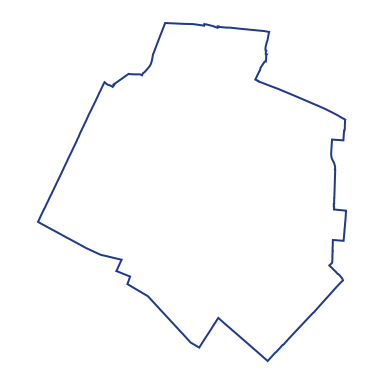 Veenendaal, Utrecht, Netherlands (Albers equal-area conic projection)
{"feature_id": "6326949B99010432218754", "entity_name": "Veenendaal", "entity_type": "district", "adm_level": 2, "iso_a3": "NLD", "parent_name": "Netherlands", "parent_adm1": "Utrecht", "projection": "albers", "projection_center": [5.554, 52.023], "detail": "fine", "context": "isolated", "style": "outline", "palette": "blue", "viewbox_px": 384, "rotation_deg": 0, "n_neighbors": 0, "source": "geoboundaries", "source_scale": "gbopen_adm2", "svg_char_len": 5583}
<svg xmlns="http://www.w3.org/2000/svg" viewBox="0 0 384 384"><path d="M217.7,26.3L217.7,26.5L217.7,27.7L217.6,27.8L214.3,26.7L214.0,26.3L213.3,26.2L209.5,25.2L206.3,24.4L206.2,24.5L204.3,24.1L204.1,25.7L203.1,25.5L200.3,25.1L197.5,24.7L194.7,24.3L193.1,24.1L188.6,24.0L185.2,23.9L182.1,23.8L174.2,23.4L169.6,23.2L168.8,23.2L167.4,23.1L165.1,23.0L164.7,24.3L162.8,29.1L159.9,36.5L154.6,50.4L153.5,53.3L153.4,53.5L153.1,54.0L153.0,54.5L152.8,55.5L152.1,59.5L151.8,60.9L151.4,62.2L151.1,63.2L150.9,63.9L150.4,64.9L149.6,66.3L147.5,68.8L145.4,71.2L144.6,72.1L143.9,72.6L143.0,73.2L142.0,75.3L139.9,74.3L136.5,74.4L133.1,74.3L129.7,74.1L128.5,73.9L128.4,74.0L117.0,82.1L115.0,83.5L114.1,84.0L113.8,84.2L113.6,84.4L113.5,84.5L114.2,85.0L113.4,86.0L113.2,86.2L112.9,86.6L112.7,86.9L111.7,86.2L110.3,85.5L108.7,85.1L107.5,84.6L106.5,83.9L106.0,83.5L104.5,82.2L104.1,82.9L103.8,83.6L103.1,84.9L102.7,85.9L101.9,87.5L101.2,89.1L100.3,91.0L99.9,91.7L99.0,93.5L98.2,95.3L97.8,96.1L97.0,97.9L96.5,98.9L95.9,100.2L95.5,101.1L94.9,102.3L94.2,103.6L93.9,104.4L92.8,106.5L92.3,107.6L91.9,108.5L91.6,109.0L91.4,109.4L91.0,110.3L89.9,112.4L89.3,113.6L88.9,114.4L88.3,115.7L88.1,116.2L87.9,116.6L87.6,117.2L87.5,117.5L87.2,118.2L87.0,118.5L86.7,119.3L86.5,119.8L86.1,120.6L85.7,121.5L85.4,122.1L85.1,122.9L84.7,123.5L84.3,124.5L83.8,125.4L83.6,126.0L83.1,126.9L82.8,127.5L82.5,128.1L82.2,128.8L81.7,129.9L81.5,130.4L81.2,130.8L81.2,131.0L81.0,131.3L80.8,131.7L80.4,132.5L80.1,133.2L79.7,134.1L79.3,135.1L79.1,135.6L79.0,135.9L78.9,136.0L78.8,136.4L78.5,137.1L78.0,137.9L77.5,139.0L76.3,141.9L75.6,143.2L75.3,143.9L74.9,144.8L74.6,145.4L73.8,147.1L73.4,147.9L73.0,148.6L72.4,150.0L71.9,151.0L71.5,151.9L71.0,152.8L70.7,153.6L70.1,154.7L68.9,157.3L68.5,158.0L68.4,158.2L66.4,162.6L65.9,163.6L65.5,164.4L65.4,164.6L65.0,165.6L64.1,167.4L63.7,168.2L63.2,169.4L62.7,170.5L62.2,171.4L61.7,172.6L60.9,174.2L60.7,174.7L57.6,181.1L55.5,185.5L53.7,189.3L53.4,190.0L53.2,190.3L52.7,191.3L52.3,192.1L51.1,194.7L49.3,198.3L48.8,199.4L47.4,202.4L46.6,203.9L45.3,206.7L45.2,207.1L44.3,208.6L42.6,212.1L40.7,216.1L39.6,218.5L39.5,218.8L38.0,221.9L41.4,223.8L51.3,229.2L58.2,232.9L67.8,238.2L68.0,238.2L71.8,240.3L77.1,243.1L85.6,247.8L85.8,247.9L98.7,253.9L101.0,254.9L106.8,256.2L117.9,258.9L120.1,259.4L121.6,259.7L121.4,260.2L120.7,261.6L120.1,262.9L118.8,265.8L118.1,267.3L116.9,270.1L116.4,271.1L117.6,271.5L119.5,272.3L121.8,273.2L122.7,273.6L125.0,274.5L125.8,274.8L127.4,275.5L129.6,276.3L130.1,276.5L129.7,277.6L129.4,278.6L128.8,280.2L128.4,281.4L127.9,282.7L127.4,284.1L133.0,287.4L142.6,293.1L144.5,294.2L145.0,294.5L147.3,295.9L147.9,296.3L148.0,296.3L148.8,297.2L152.4,301.1L155.5,304.4L158.6,307.8L159.7,309.0L160.1,309.5L163.3,312.9L167.9,317.9L170.6,320.8L174.6,325.1L179.7,330.6L180.0,331.0L183.5,334.7L184.1,335.4L186.1,337.6L190.7,342.6L191.8,343.2L199.2,347.6L205.4,337.9L209.6,331.5L213.2,325.8L213.3,325.6L213.9,324.8L214.2,324.1L214.9,323.2L215.8,321.8L217.1,319.7L218.3,317.9L221.3,320.6L224.0,323.0L226.2,324.9L228.9,327.2L230.6,328.7L235.8,333.2L244.1,340.4L251.0,346.4L254.3,349.3L255.6,350.4L257.4,352.0L263.9,357.7L267.6,360.9L267.7,361.0L275.4,352.5L276.1,352.1L278.3,349.7L279.1,348.9L279.6,348.4L280.8,347.0L281.8,345.8L282.5,345.1L282.7,344.9L283.3,344.8L287.9,339.7L288.5,339.0L289.6,337.8L291.2,336.1L292.8,334.4L297.4,329.5L305.3,321.1L313.0,312.9L313.4,312.9L314.2,311.9L323.3,301.7L329.2,295.2L334.5,289.2L339.1,284.2L342.1,281.2L342.6,280.8L343.0,280.4L342.8,279.7L342.3,278.8L341.8,278.0L341.7,277.8L341.0,277.0L340.8,276.7L340.4,276.3L340.0,275.8L339.7,275.3L339.5,275.2L339.3,275.0L339.0,274.7L338.3,274.2L337.9,274.1L337.8,273.9L337.2,273.4L336.4,272.4L335.9,271.9L334.9,270.9L333.8,269.9L333.0,269.0L332.1,268.1L331.7,267.7L331.4,267.4L330.6,266.7L329.6,265.8L329.3,265.4L331.0,263.9L331.6,263.4L331.8,263.0L332.0,262.8L332.1,262.5L332.2,262.1L332.3,261.8L332.3,261.5L332.3,261.3L332.3,260.5L332.4,259.1L332.4,258.2L332.4,257.9L332.4,256.1L332.5,254.0L332.6,251.9L332.8,251.6L332.8,250.8L332.5,250.6L332.5,250.2L332.6,249.0L332.6,247.6L332.7,246.5L332.8,244.0L332.8,242.7L332.9,240.0L333.0,240.0L343.6,240.8L343.6,240.4L344.0,236.5L344.3,233.0L344.6,229.0L344.8,227.4L345.2,222.3L345.5,219.3L345.7,216.4L346.0,210.7L335.4,209.6L334.0,209.5L334.1,206.6L333.8,206.5L333.8,203.9L334.1,203.9L334.2,198.1L334.3,198.1L334.5,192.3L334.7,185.9L334.9,179.7L335.0,176.0L335.2,169.7L334.9,169.6L335.0,168.6L335.1,168.4L335.1,167.5L335.0,166.5L334.8,165.4L334.5,164.4L334.2,163.3L333.9,162.6L333.4,161.7L332.5,160.0L332.1,159.1L331.7,158.1L331.5,156.9L331.3,156.1L331.2,154.3L331.2,153.3L331.2,153.1L331.4,149.1L331.6,146.5L331.8,143.3L331.9,142.0L332.0,140.3L332.0,139.6L338.2,140.0L339.5,140.1L343.4,140.3L343.6,137.0L344.1,130.5L344.5,130.5L344.9,127.7L344.8,126.4L345.1,119.8L345.2,119.6L341.8,117.7L341.2,117.4L340.5,117.0L337.7,115.3L331.5,112.1L325.9,109.3L319.8,106.6L319.4,106.4L317.4,105.5L316.7,105.2L313.3,103.8L308.0,101.5L302.6,99.2L295.6,96.2L287.1,92.6L285.6,92.0L285.0,91.8L279.6,89.5L279.2,89.3L270.7,86.1L260.1,82.0L259.3,81.9L258.8,81.6L257.8,81.0L258.0,80.7L255.3,79.6L257.3,75.4L258.3,73.4L259.1,71.7L260.2,69.9L260.4,68.0L263.1,63.9L264.7,61.5L265.9,61.5L265.9,60.8L266.1,58.6L266.2,56.6L266.3,54.8L266.6,54.5L265.8,54.4L265.8,51.1L265.6,50.1L265.9,50.1L265.4,49.4L265.6,46.8L266.6,42.9L266.9,41.9L267.2,41.1L267.5,40.4L267.6,39.6L268.1,36.9L269.1,31.9L268.2,31.8L265.1,31.2L262.6,30.9L252.9,30.0L237.7,28.5L235.3,28.2L230.3,27.7L229.1,27.6L226.6,27.6L224.1,27.4L220.1,27.0L219.4,27.1L219.1,26.5L217.7,26.3Z" fill="none" stroke="#1e3a8a" stroke-width="2"/></svg>